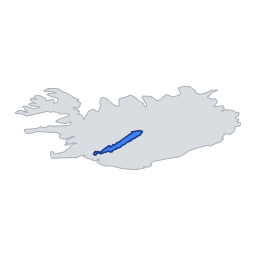 Skeiða- og Gnúpverjahreppur, Suðurland, Iceland shown in context
{"feature_id": "244011B10209439874100", "entity_name": "Skeiða- og Gnúpverjahreppur", "entity_type": "district", "adm_level": 2, "iso_a3": "ISL", "parent_name": "Iceland", "parent_adm1": "Suðurland", "projection": "natural_earth1", "projection_center": [-19.543, 64.398], "detail": "fine", "context": "in_parent", "style": "filled", "palette": "blue", "viewbox_px": 256, "rotation_deg": 0, "n_neighbors": 0, "source": "geoboundaries", "source_scale": "gbopen_adm2", "svg_char_len": 7508}
<svg xmlns="http://www.w3.org/2000/svg" viewBox="0 0 256 256"><path d="M198.9,94.1L201.2,94.2L205.0,93.3L210.5,90.7L212.8,90.1L218.1,90.1L211.7,92.7L209.4,95.5L207.6,96.9L207.7,97.5L212.3,99.2L214.5,98.6L215.4,98.8L216.3,99.6L217.0,101.2L216.6,102.9L215.4,104.6L213.6,106.0L213.9,106.4L215.3,106.7L222.8,105.8L223.7,107.9L224.4,108.6L224.2,109.3L221.3,111.5L224.8,110.1L227.6,109.7L232.4,110.4L234.4,111.2L235.5,112.6L237.9,112.1L239.0,112.9L239.1,113.8L238.1,116.2L235.3,117.3L237.1,119.0L238.5,119.1L238.8,119.5L238.7,120.5L236.5,121.7L240.2,123.0L240.6,123.5L240.5,125.0L239.9,125.8L238.8,126.3L236.2,126.4L234.7,127.0L235.2,127.9L234.8,130.5L232.8,132.6L231.0,133.7L229.1,134.4L223.9,133.6L224.2,135.4L222.3,136.6L222.7,137.5L223.4,138.0L223.1,139.2L220.8,141.6L219.1,142.4L215.8,143.4L211.1,145.7L206.2,145.6L194.2,148.9L189.5,150.6L181.2,155.9L177.6,157.3L171.5,157.9L153.1,161.4L151.0,163.4L150.9,163.9L151.8,164.7L150.4,166.2L147.6,167.2L146.3,167.2L144.0,166.3L143.7,166.8L144.6,167.9L135.6,169.7L123.1,168.7L112.0,166.1L103.2,165.6L97.1,162.1L96.9,161.5L97.6,160.4L99.8,160.0L98.8,158.9L95.0,160.8L93.8,160.7L92.2,159.9L92.2,159.2L89.0,158.9L83.7,156.7L83.3,156.1L84.6,155.4L84.3,155.3L81.4,155.4L77.2,157.4L52.0,158.3L51.2,157.2L50.2,153.1L51.1,151.4L52.2,151.6L55.1,153.9L61.8,152.6L64.6,151.7L67.1,149.5L68.6,148.8L70.7,146.0L72.7,144.2L77.0,143.4L73.2,142.9L66.9,145.2L64.7,145.2L65.7,144.2L67.9,143.1L66.4,143.0L65.9,142.5L65.8,141.5L67.0,139.8L74.5,136.8L72.7,136.2L67.5,138.5L63.7,139.3L60.7,138.3L59.2,136.9L59.3,136.2L61.2,134.5L60.9,134.1L59.6,133.9L56.4,132.3L51.1,132.4L38.1,131.5L28.3,133.8L26.0,132.7L24.1,130.5L24.5,129.6L26.2,129.1L31.0,129.1L38.1,128.1L41.3,126.7L42.6,127.1L43.2,127.7L47.5,126.7L49.8,125.6L53.7,126.1L68.4,125.5L70.3,124.0L71.1,122.2L70.8,121.8L65.4,123.5L64.1,123.4L57.9,122.5L55.7,121.5L56.4,120.7L59.8,119.0L68.2,116.1L69.4,115.6L69.5,114.9L66.2,113.6L59.9,114.0L58.3,112.5L53.1,111.7L49.6,112.2L47.8,111.3L27.1,115.9L20.5,113.8L15.8,113.5L15.4,112.8L18.2,110.8L20.1,110.4L22.0,110.6L25.6,112.0L28.1,112.4L25.0,110.4L24.9,108.4L24.0,107.9L23.0,106.6L23.5,106.1L27.2,106.4L33.2,108.7L36.2,108.3L40.0,106.8L31.4,106.0L28.8,104.2L30.8,103.2L35.2,103.4L30.3,100.3L30.1,99.7L31.0,98.3L37.1,99.5L33.9,97.7L33.8,97.3L34.8,97.0L35.3,95.8L36.9,95.4L40.0,95.8L44.8,97.9L45.5,98.5L45.6,100.7L47.6,100.3L49.8,100.6L51.7,99.1L53.0,99.5L54.0,100.8L53.8,103.7L55.2,102.7L57.4,102.6L57.9,100.2L57.5,98.3L50.1,96.1L47.2,94.5L47.6,94.0L49.0,93.5L56.8,93.1L53.5,92.2L52.7,91.2L46.8,91.6L43.9,91.2L43.8,90.7L45.0,90.0L48.6,88.5L55.3,88.4L58.0,88.8L63.2,92.0L67.3,93.4L74.3,97.8L78.7,99.5L78.9,99.9L78.2,100.4L76.5,101.0L79.1,101.8L80.7,103.0L80.8,103.5L79.3,107.0L77.6,108.2L73.5,107.5L74.4,108.7L77.4,109.9L78.0,110.5L77.6,111.2L79.0,111.0L79.5,111.4L78.8,113.4L78.0,114.2L80.5,114.6L82.2,115.6L84.2,119.7L85.4,116.5L85.9,115.4L87.0,114.9L88.2,111.7L91.0,109.8L93.6,109.1L96.3,111.3L98.2,111.6L100.2,107.6L100.5,104.8L99.9,101.6L100.3,99.3L101.6,97.9L103.3,97.5L107.1,98.9L110.1,102.0L114.8,105.5L118.1,106.3L118.6,106.2L119.2,105.1L118.7,100.6L120.2,98.2L124.1,97.6L129.9,95.4L131.2,95.3L134.1,96.6L139.3,101.1L143.0,103.2L144.9,106.6L145.8,107.2L146.6,106.2L146.6,104.7L142.1,97.7L142.1,96.8L142.5,96.0L150.5,96.4L152.3,97.2L157.8,101.1L160.6,99.5L165.9,94.8L167.8,95.0L172.4,96.9L174.2,96.7L179.6,95.0L180.7,92.8L178.3,88.4L179.3,87.5L184.2,86.3L189.6,86.6L195.3,90.7L195.5,92.6L198.9,94.1Z" fill="#d9dde1" stroke="#a8b0b8" stroke-width="1"/><path d="M132.1,131.9L132.6,132.3L126.8,136.4L119.7,141.5L119.5,141.8L119.4,141.8L119.1,142.0L118.6,142.1L118.4,142.2L118.2,142.2L118.0,142.3L117.9,142.3L117.6,142.5L117.4,142.6L117.4,142.8L117.2,142.8L116.8,143.1L116.4,143.2L116.3,143.5L116.2,143.7L116.1,143.8L115.8,143.9L115.8,144.0L115.6,144.0L115.3,144.2L115.2,144.4L115.3,144.5L115.2,144.6L114.8,144.7L114.6,144.7L114.4,144.7L114.2,144.7L113.8,144.7L113.9,144.8L113.6,144.8L113.5,145.0L113.3,145.1L112.9,145.2L112.6,145.3L112.4,145.4L112.5,145.4L112.4,145.5L112.2,145.7L112.2,145.8L112.0,146.0L111.8,146.1L111.6,146.4L111.4,146.5L111.2,146.6L110.9,146.6L110.6,146.6L110.3,146.8L110.2,146.7L110.2,146.8L110.1,146.7L109.9,146.7L109.7,146.5L109.7,146.3L109.5,146.2L109.6,145.9L109.4,145.9L109.3,145.7L108.8,145.9L108.7,145.9L108.3,146.1L108.0,146.1L107.9,146.2L107.8,146.3L107.7,146.4L107.4,146.6L107.2,146.7L107.1,146.8L106.9,147.1L106.6,147.3L106.5,147.5L106.2,147.7L106.3,147.8L106.2,147.8L106.1,148.0L105.9,148.2L105.7,148.2L105.5,148.3L105.2,148.3L105.0,148.5L104.9,148.6L104.7,148.8L104.4,148.9L104.1,149.1L103.8,149.3L103.7,149.4L103.6,149.5L103.4,149.7L103.3,149.8L103.1,149.9L103.0,150.0L102.9,150.1L102.7,150.2L102.5,150.3L102.3,150.5L102.1,150.7L102.1,150.8L101.8,150.9L101.8,151.0L101.7,151.1L101.6,151.3L101.3,151.5L101.1,151.7L101.0,151.9L100.9,151.9L100.6,151.9L100.3,152.2L100.0,152.1L99.8,152.1L99.5,152.1L99.1,152.0L98.9,152.0L98.9,151.9L98.7,151.9L98.2,151.9L98.0,151.6L97.8,151.6L96.8,151.7L96.7,151.7L96.5,151.8L95.7,151.5L95.5,151.4L95.4,151.4L95.0,151.7L95.0,151.9L95.1,152.1L94.4,152.5L94.2,152.9L94.0,153.0L94.1,153.4L94.0,153.5L93.9,153.6L94.0,153.8L93.9,154.0L93.7,154.3L94.1,154.5L94.6,154.8L95.0,155.2L95.3,155.2L95.5,155.1L96.2,154.7L96.4,154.5L96.5,154.3L96.6,154.2L96.7,153.8L96.9,153.5L97.1,153.4L97.6,153.2L97.8,153.1L98.9,153.1L99.0,153.1L99.6,153.1L100.0,153.1L100.4,153.4L100.6,153.5L100.9,153.7L100.9,153.8L101.0,153.8L101.5,153.6L101.8,153.3L102.0,153.1L102.8,153.1L103.1,153.0L103.4,152.7L103.5,152.7L103.8,152.7L104.0,152.5L104.3,152.4L104.5,152.4L104.8,152.2L105.0,152.2L105.5,152.1L106.1,152.1L106.3,152.1L106.7,151.8L106.8,151.7L107.0,151.6L107.3,151.4L107.7,151.3L107.9,151.3L108.1,151.2L108.3,151.1L108.6,151.1L108.8,151.3L109.2,151.4L109.7,151.4L110.0,151.4L110.2,151.5L110.3,151.5L110.2,151.7L110.2,151.8L110.2,152.0L110.7,152.1L110.9,152.0L111.1,152.0L111.5,151.9L111.9,151.8L112.1,151.8L112.2,151.7L112.2,151.4L112.3,151.2L112.7,150.8L112.9,150.7L113.0,150.4L113.3,150.3L113.6,150.0L113.7,149.9L114.7,149.5L115.5,149.3L116.1,149.1L116.5,148.9L116.6,148.7L116.5,148.4L117.4,148.3L117.6,148.2L117.9,148.1L118.4,148.0L119.2,147.7L120.3,147.2L120.7,146.8L121.3,146.5L121.4,146.4L121.4,146.2L121.6,146.0L121.6,145.8L121.7,145.7L121.9,145.5L122.1,145.4L122.6,145.1L123.1,145.0L123.3,144.8L124.0,144.7L124.3,144.5L124.8,144.2L125.0,144.0L125.3,143.8L125.5,143.7L125.8,143.3L125.9,143.2L126.1,143.0L126.3,142.8L126.6,142.5L127.0,142.4L127.4,142.4L127.6,142.3L127.9,142.1L128.1,142.0L128.3,141.9L128.4,141.7L128.5,141.6L128.6,141.4L129.2,141.3L129.5,141.2L130.0,141.1L130.6,140.9L130.8,140.6L131.1,140.4L131.0,140.2L130.9,140.1L130.7,140.1L130.7,139.9L131.1,139.6L131.7,139.6L131.8,139.6L132.1,139.5L132.4,139.4L132.8,139.1L133.0,138.9L133.3,138.8L133.4,138.6L133.6,138.5L133.7,138.4L134.0,138.3L134.1,138.2L134.6,138.2L134.8,138.2L134.8,137.8L135.1,137.7L135.4,137.6L135.6,137.6L135.8,137.5L136.0,137.4L136.2,137.2L136.4,137.1L136.6,136.9L136.8,136.8L136.8,136.7L137.0,136.4L137.5,136.4L137.7,136.2L138.1,135.9L138.8,135.7L139.1,135.6L139.4,135.5L139.5,135.4L139.8,135.2L139.9,134.9L140.0,134.8L140.3,134.8L140.4,134.6L140.5,134.5L140.5,134.4L140.6,134.2L140.8,133.9L140.8,133.7L140.9,133.3L141.0,133.3L141.2,133.2L141.3,133.0L141.5,133.0L141.5,132.9L141.7,132.7L141.8,132.4L142.1,132.1L142.4,131.9L142.4,131.7L142.3,131.3L142.2,131.2L141.8,131.1L141.7,131.1L141.2,131.0L140.9,130.9L140.6,130.8L140.3,130.9L140.1,130.9L139.9,130.8L139.9,130.7L139.7,130.7L138.6,130.7L132.1,131.9Z" fill="#3b82f6" stroke="#1e3a8a" stroke-width="1.5"/></svg>